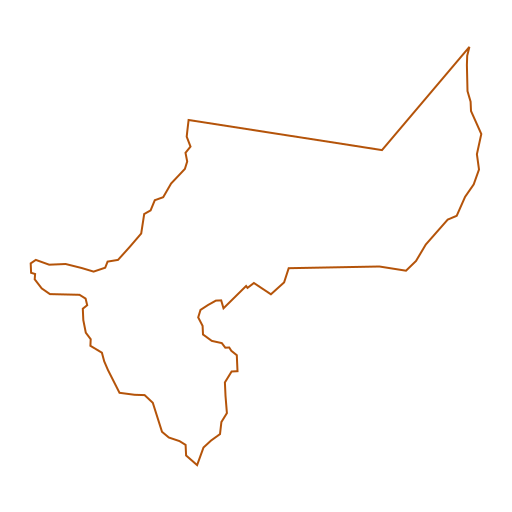 the district of Beruniy, Karakalpakstan, Uzbekistan
{"feature_id": "79887680B9862753118700", "entity_name": "Beruniy", "entity_type": "district", "adm_level": 2, "iso_a3": "UZB", "parent_name": "Uzbekistan", "parent_adm1": "Karakalpakstan", "projection": "orthographic", "projection_center": [60.771, 42.004], "detail": "fine", "context": "isolated", "style": "outline", "palette": "amber", "viewbox_px": 512, "rotation_deg": 0, "n_neighbors": 0, "source": "geoboundaries", "source_scale": "gbopen_adm2", "svg_char_len": 1267}
<svg xmlns="http://www.w3.org/2000/svg" viewBox="0 0 512 512"><path d="M30.7,263.4L31.1,272.8L35.1,274.0L34.7,279.3L41.7,288.4L49.9,294.1L79.5,294.8L85.6,298.6L87.2,305.2L82.8,308.7L83.3,320.1L85.8,332.7L90.7,339.2L90.4,345.8L101.9,352.7L104.2,361.3L107.9,369.9L119.5,392.8L134.7,394.8L144.6,395.1L152.8,402.8L162.0,431.8L168.8,437.5L179.5,441.1L185.6,444.9L186.1,455.5L197.1,465.1L203.5,447.5L211.1,440.5L220.0,434.1L221.4,422.0L226.9,413.1L225.5,395.8L224.9,382.4L231.6,371.5L237.5,371.2L236.8,355.2L231.3,350.8L229.2,347.5L225.3,347.7L221.8,343.1L211.8,340.9L203.0,334.5L202.6,325.9L198.2,317.4L200.5,309.9L208.2,304.9L215.9,300.6L221.2,300.4L223.5,308.3L246.1,286.0L247.5,287.9L253.9,283.0L270.9,294.3L284.1,282.4L288.7,268.2L379.4,266.5L406.0,270.7L416.0,261.0L425.8,244.5L447.7,219.6L456.7,215.8L465.1,196.8L473.7,184.4L479.0,169.5L476.9,154.2L481.3,134.0L471.0,111.0L470.6,101.7L467.5,91.1L466.9,65.0L467.2,55.7L469.4,46.9L382.0,150.1L188.6,120.0L187.2,132.0L186.7,136.7L190.5,146.6L185.5,152.8L187.2,161.5L184.9,168.9L171.1,183.5L163.2,197.2L154.8,200.2L150.6,210.4L144.2,214.0L141.2,233.5L129.9,246.7L118.0,259.9L107.6,261.6L105.2,267.7L93.6,271.6L81.6,268.0L65.6,264.0L49.2,264.7L35.8,259.9L30.7,263.4Z" fill="none" stroke="#b45309" stroke-width="2"/></svg>